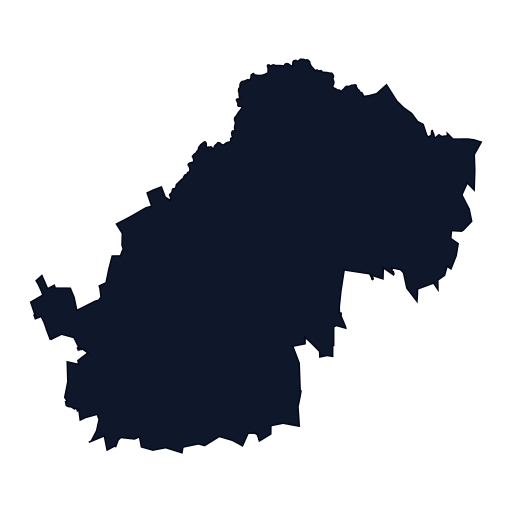 outline of Sekhukhune, Limpopo, South Africa
{"feature_id": "47623444B21298621424908", "entity_name": "Sekhukhune", "entity_type": "district", "adm_level": 2, "iso_a3": "ZAF", "parent_name": "South Africa", "parent_adm1": "Limpopo", "projection": "equal_earth", "projection_center": [29.807, -24.813], "detail": "fine", "context": "isolated", "style": "filled", "palette": "ink", "viewbox_px": 512, "rotation_deg": 0, "n_neighbors": 0, "source": "geoboundaries", "source_scale": "gbopen_adm2", "svg_char_len": 5912}
<svg xmlns="http://www.w3.org/2000/svg" viewBox="0 0 512 512"><path d="M153.3,190.0L147.1,192.9L151.7,206.2L145.9,207.8L130.1,216.9L116.4,224.0L122.3,233.4L122.0,245.0L123.2,249.1L121.9,251.7L120.5,255.9L112.2,256.0L108.9,268.8L106.0,282.8L99.2,285.9L100.0,288.7L101.0,297.1L98.7,300.1L95.1,301.2L76.8,310.4L74.1,297.3L70.3,288.2L55.3,288.1L54.3,285.2L47.6,288.7L41.9,275.5L36.1,280.7L38.5,284.7L41.6,291.6L42.8,295.1L30.7,302.1L35.0,315.0L34.0,315.2L35.3,318.8L41.2,316.5L43.9,322.0L46.0,327.8L46.5,329.6L50.1,339.1L51.0,338.6L51.2,339.3L61.5,334.2L74.0,337.6L77.6,345.1L78.7,346.1L77.4,348.0L78.2,349.9L78.9,348.8L79.7,349.8L80.5,348.8L81.4,349.6L82.4,348.9L87.9,352.9L77.9,360.5L78.6,364.4L67.2,361.8L67.8,381.7L64.7,397.4L67.0,400.7L65.5,401.8L66.3,405.6L69.2,406.8L70.7,406.6L74.6,409.0L75.4,408.3L77.0,409.1L77.4,410.9L78.8,409.8L80.2,420.1L85.6,417.5L97.3,414.3L98.2,417.2L99.1,419.2L96.6,430.8L91.3,440.9L88.8,442.3L104.3,435.9L107.1,450.1L114.3,446.2L115.7,446.6L118.1,440.1L120.8,437.5L134.5,439.0L139.5,436.8L141.4,446.9L153.2,450.2L153.4,450.0L166.2,447.6L166.1,447.8L182.0,452.8L182.9,447.1L198.4,443.9L204.6,445.6L219.3,436.5L232.3,440.3L239.1,443.9L242.5,445.9L248.1,433.2L253.8,433.2L254.5,432.8L254.4,432.3L254.6,432.2L254.8,432.7L255.1,432.9L255.2,433.3L255.6,433.1L255.9,433.2L256.3,434.2L257.0,434.1L257.4,434.3L257.6,435.8L258.2,437.3L258.7,438.0L258.7,439.6L259.3,440.4L259.4,441.0L270.8,434.0L270.9,425.7L282.8,423.2L299.3,426.2L298.0,406.6L300.0,397.0L301.0,391.0L300.2,391.0L299.2,363.1L292.8,346.2L305.1,343.8L305.1,337.2L311.5,343.2L319.6,351.4L319.8,357.0L327.1,355.5L332.7,356.4L332.7,345.9L333.7,345.5L333.7,326.9L336.3,325.5L345.8,328.2L345.4,326.4L341.1,316.2L341.2,313.1L339.4,313.0L339.3,306.7L340.9,291.3L344.2,269.8L345.8,270.2L369.6,273.8L371.9,278.2L371.8,279.1L372.2,279.4L372.4,278.6L373.1,279.0L373.2,278.5L373.2,278.3L372.7,277.9L372.6,277.0L372.3,276.2L372.4,275.7L372.9,275.5L374.2,276.1L383.0,278.9L383.3,267.8L393.5,274.9L393.9,274.3L394.0,274.0L393.6,272.9L393.4,271.6L392.9,271.5L392.4,272.0L391.9,271.4L392.2,268.7L391.9,267.9L400.4,269.6L403.5,272.7L406.8,288.1L417.0,301.4L417.5,293.3L417.5,292.2L417.4,292.1L417.6,289.0L433.6,283.1L438.0,289.7L437.8,280.1L444.6,275.3L447.1,266.2L451.0,268.9L456.2,255.7L458.2,243.7L450.8,238.5L451.5,230.6L461.6,231.2L463.3,230.1L471.7,221.3L469.2,209.1L461.9,194.9L467.3,182.9L474.2,190.1L474.8,170.5L474.3,154.5L481.3,142.1L473.9,139.8L467.9,139.0L453.0,139.1L447.3,133.3L447.4,134.8L447.0,135.6L446.2,136.1L444.0,136.1L442.3,136.6L440.2,135.7L439.0,134.7L436.0,137.2L435.2,137.8L434.6,137.9L434.3,137.3L433.9,134.6L432.6,131.6L432.5,130.9L432.2,130.5L431.8,130.8L431.6,131.3L431.4,134.3L431.1,135.3L430.4,136.0L429.6,136.2L428.6,137.1L426.8,135.4L423.2,124.4L417.6,121.5L411.6,113.4L403.5,107.6L396.9,101.1L386.5,84.8L376.6,93.7L368.4,95.8L368.0,95.7L366.1,96.2L365.1,96.1L364.7,96.3L364.3,96.9L364.0,96.7L362.9,94.8L362.3,93.3L361.7,92.7L359.8,91.9L359.0,90.1L357.9,89.6L356.9,87.8L356.2,87.2L356.2,86.8L356.4,85.9L356.1,85.3L355.7,84.9L354.3,84.9L353.3,85.2L351.8,85.2L348.8,86.5L346.4,86.3L345.1,87.4L343.3,89.5L342.2,90.2L341.9,90.8L341.7,91.5L341.3,91.7L340.9,91.6L340.0,90.5L339.6,90.2L338.8,90.0L337.5,90.1L336.6,89.3L335.5,88.8L334.9,88.3L333.8,88.1L333.3,87.6L332.7,86.6L332.7,86.1L333.6,84.0L333.9,82.9L333.8,81.4L332.8,78.8L333.6,76.5L333.5,75.9L332.4,73.8L332.0,73.4L331.3,73.1L329.9,73.2L327.0,72.5L323.2,72.3L322.2,71.8L321.2,70.6L320.1,70.7L318.7,71.1L317.0,69.9L315.4,70.6L315.1,70.5L311.3,66.3L309.9,63.6L309.8,62.3L309.5,61.6L308.0,60.1L307.0,59.8L305.5,60.1L303.8,59.4L300.5,59.2L298.9,60.5L297.2,61.3L296.9,61.2L295.9,60.3L293.8,60.8L293.0,61.8L292.6,65.6L292.3,66.0L291.8,66.1L290.5,65.6L288.6,64.0L286.7,63.5L285.4,63.9L284.1,65.5L283.1,66.0L281.4,65.6L275.3,65.5L273.9,64.9L273.2,64.8L270.4,66.0L269.8,65.8L269.5,65.2L269.3,65.0L268.4,64.9L267.9,65.0L267.6,65.2L267.4,66.0L268.1,68.5L268.0,72.7L267.7,73.3L267.3,73.4L266.4,73.4L264.8,74.5L261.3,75.4L257.6,75.4L255.3,75.0L254.7,75.1L254.3,74.8L253.7,73.6L253.4,73.5L252.4,74.0L251.1,75.1L251.0,77.7L250.3,79.1L249.7,80.0L247.4,79.7L244.8,81.0L242.0,81.5L241.5,81.9L240.8,82.7L240.1,84.1L239.9,85.5L240.0,87.1L240.0,87.4L238.8,88.6L238.5,90.6L238.6,91.3L239.2,93.5L239.1,94.9L239.7,98.2L239.6,98.5L239.0,98.9L237.9,98.9L236.6,99.3L236.4,100.0L237.9,103.2L237.8,104.9L238.0,105.8L238.6,106.3L241.0,106.2L241.5,106.6L241.9,107.5L241.8,107.9L240.4,110.1L238.6,112.2L236.1,116.2L235.0,117.3L234.6,118.0L234.5,120.0L235.0,121.1L235.4,123.5L234.7,126.1L234.5,127.7L234.5,128.5L234.8,129.2L234.7,130.1L234.4,131.0L234.1,131.3L232.5,130.9L231.7,132.6L231.6,133.1L232.0,135.5L232.3,136.2L232.6,136.5L232.7,137.0L232.2,137.5L231.6,137.8L230.7,138.6L230.6,139.5L230.8,140.8L230.4,141.4L230.1,141.8L229.4,142.1L228.0,142.2L227.4,142.6L226.9,142.6L225.3,143.5L224.4,144.5L223.0,145.0L222.3,144.9L222.0,144.6L221.3,144.3L220.1,143.2L219.6,142.9L218.6,142.6L217.7,142.7L216.7,144.1L215.0,145.4L214.4,146.6L213.8,148.3L212.9,149.2L211.8,147.4L210.9,146.7L209.7,147.3L208.5,147.0L207.2,147.5L206.7,147.3L206.3,146.6L206.3,143.9L205.9,142.6L205.4,142.0L204.6,141.8L203.4,142.5L202.3,143.5L200.8,144.6L198.6,147.6L198.5,148.9L197.7,150.8L196.9,151.3L195.9,153.1L194.5,153.9L192.4,156.3L192.5,156.8L193.1,157.8L193.8,160.2L193.8,160.8L193.3,161.4L192.9,162.5L192.3,162.9L191.6,162.5L191.1,162.5L190.6,162.9L190.0,162.9L189.4,163.2L188.3,164.1L188.1,164.9L189.2,166.6L190.0,169.2L189.7,170.9L189.4,171.8L188.8,172.1L187.9,172.4L187.5,172.8L187.4,173.3L186.7,174.4L185.1,174.9L184.5,175.5L184.1,176.4L183.5,177.2L183.4,178.3L183.0,179.0L182.3,179.0L181.6,179.5L180.2,181.0L179.4,181.6L178.5,182.7L176.4,184.5L176.0,186.7L175.2,188.4L174.7,188.7L173.9,188.6L172.7,189.0L172.4,189.5L172.4,190.6L171.6,192.6L170.9,193.5L169.8,194.3L169.6,195.1L170.7,197.8L170.6,198.5L170.2,200.4L165.2,197.1L161.4,186.9L153.3,190.0Z" fill="#0f172a" stroke="#020617" stroke-width="1.5"/></svg>